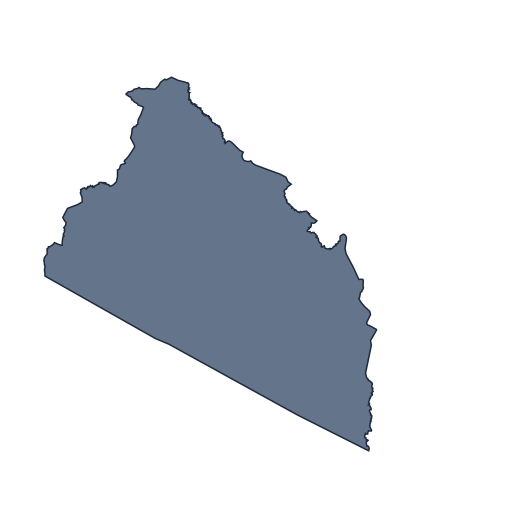 Kabambare, Maniema, Democratic Republic of the Congo, rotated 28°
{"feature_id": "63176286B85957320837216", "entity_name": "Kabambare", "entity_type": "district", "adm_level": 2, "iso_a3": "COD", "parent_name": "Democratic Republic of the Congo", "parent_adm1": "Maniema", "projection": "orthographic", "projection_center": [27.672, -4.419], "detail": "fine", "context": "isolated", "style": "filled", "palette": "slate", "viewbox_px": 512, "rotation_deg": 28, "n_neighbors": 0, "source": "geoboundaries", "source_scale": "gbopen_adm2", "svg_char_len": 6022}
<svg xmlns="http://www.w3.org/2000/svg" viewBox="0 0 512 512"><g transform="rotate(28 256 256)"><path d="M253.4,176.1L249.5,175.5L245.5,172.4L239.2,172.4L213.0,176.0L209.4,175.7L206.7,174.4L206.1,175.3L204.5,176.4L201.0,177.3L199.3,176.8L197.0,174.8L196.2,173.1L196.0,170.3L191.9,170.3L181.0,167.0L178.3,167.0L177.4,167.6L175.9,170.9L175.4,170.0L174.9,170.5L174.7,169.9L175.0,169.7L174.1,168.3L172.7,167.6L171.8,167.9L170.7,166.5L170.1,166.3L170.4,165.3L168.9,164.5L169.2,163.9L168.2,163.7L168.4,162.9L168.1,163.0L166.1,161.5L165.6,161.5L165.4,160.6L164.6,159.8L163.6,159.4L162.7,159.5L162.8,158.6L162.0,158.6L161.3,159.2L160.7,158.6L159.6,158.7L159.2,159.3L158.5,159.2L158.0,158.4L154.8,158.6L153.2,157.7L152.8,157.1L153.1,156.5L152.4,157.0L152.4,156.4L151.6,156.4L151.4,156.0L151.0,156.6L150.3,155.8L149.9,156.1L149.5,155.9L149.3,154.9L148.7,154.7L148.6,155.0L148.0,154.6L147.4,155.1L146.5,154.9L146.1,155.3L146.2,154.8L145.8,154.7L145.1,155.2L144.7,155.0L143.8,155.7L143.7,155.3L143.5,155.6L143.1,155.1L142.3,154.8L141.7,155.0L141.8,155.3L141.5,155.3L141.5,154.9L141.0,155.3L141.5,154.2L140.9,154.0L140.5,153.1L139.2,153.2L138.8,152.6L138.2,152.4L137.9,151.3L137.5,151.4L137.8,151.7L137.6,152.2L136.1,152.2L135.9,151.9L135.3,152.4L134.3,151.6L133.2,151.8L133.0,151.4L132.9,151.8L132.6,151.5L132.3,151.8L132.2,151.1L131.9,151.4L131.1,150.6L130.8,151.1L130.3,150.6L129.8,151.0L129.8,150.6L129.5,151.3L128.9,151.1L128.9,151.5L128.3,151.2L128.2,151.5L127.6,151.1L127.7,150.9L127.4,151.3L127.2,150.8L126.7,151.0L126.5,150.4L126.2,150.4L125.8,149.8L125.6,150.1L124.9,149.2L123.9,149.4L124.0,149.1L123.6,149.3L123.6,149.1L123.1,149.4L122.9,148.4L122.5,148.1L122.8,147.4L122.6,146.9L121.6,146.2L121.6,145.5L120.5,143.7L120.8,142.9L120.2,143.1L119.6,142.7L119.3,143.0L118.2,141.8L118.6,141.2L117.8,141.5L118.2,141.1L118.1,140.4L118.8,140.6L118.1,140.0L118.4,138.9L117.3,139.0L116.2,136.0L115.2,135.3L114.2,135.1L113.7,135.6L112.0,135.7L104.8,137.5L97.5,137.8L94.2,142.5L92.4,142.7L90.2,147.3L90.1,151.7L89.1,154.1L88.9,155.9L80.9,159.5L76.2,162.3L73.4,162.2L73.0,163.5L70.1,166.0L69.6,168.0L67.2,170.5L66.1,171.1L65.8,172.4L65.1,173.6L65.7,174.5L67.4,174.3L68.2,174.8L71.1,174.6L73.0,176.5L74.0,176.3L76.7,177.2L79.5,177.0L81.0,178.1L85.3,177.4L87.0,177.7L88.0,185.7L88.0,190.8L89.7,195.2L88.9,196.6L89.3,197.9L87.6,198.9L86.9,201.8L89.1,207.0L89.7,210.5L96.6,215.3L97.7,216.8L96.7,227.6L95.7,232.0L95.0,233.2L95.4,234.5L96.5,234.7L97.0,235.5L96.5,236.4L94.1,238.6L93.8,239.5L94.4,242.5L94.2,244.1L93.3,245.1L96.5,251.0L97.9,256.2L96.8,259.5L96.2,260.9L94.4,263.0L93.2,262.4L91.9,262.6L91.9,262.3L89.5,262.9L89.4,262.2L88.8,261.9L88.4,262.2L88.3,262.8L87.8,262.4L87.2,262.5L87.1,263.5L85.6,263.3L83.7,264.2L83.5,265.1L83.0,265.2L83.5,266.5L82.7,266.8L81.9,268.4L81.1,269.3L80.6,270.4L80.8,271.3L80.0,271.3L80.2,270.7L79.8,270.9L79.0,270.9L79.1,271.4L78.6,271.0L78.3,271.8L76.7,271.5L76.6,273.1L75.5,273.2L75.0,273.6L75.3,274.3L74.9,274.4L75.0,275.6L74.5,275.8L74.8,276.5L72.4,276.4L72.2,277.0L71.0,277.8L70.9,278.8L70.0,279.7L71.2,281.3L71.3,282.8L74.7,285.7L77.2,289.8L74.4,294.3L67.2,302.5L67.3,312.7L70.3,314.7L72.7,315.7L73.5,318.2L73.0,321.3L73.9,321.7L74.7,322.6L74.8,323.5L75.5,324.0L75.7,327.3L76.2,328.2L77.1,328.4L76.6,329.8L78.3,334.6L79.9,337.6L75.9,338.5L71.8,338.8L71.6,340.6L70.1,343.7L69.2,344.9L68.4,345.2L68.7,346.8L68.1,347.7L70.6,352.2L70.0,357.0L70.7,359.3L73.9,363.7L74.8,364.2L75.1,366.0L76.5,368.8L77.6,370.0L79.1,372.8L206.1,376.1L220.4,374.8L367.4,376.9L446.9,375.1L446.5,373.2L445.3,371.7L443.9,371.2L443.2,371.8L441.4,369.7L440.4,367.5L441.2,367.2L441.5,366.1L440.7,366.0L440.1,366.4L439.1,366.0L438.5,365.0L437.1,365.1L436.0,362.3L436.0,361.6L436.4,361.9L436.6,361.4L437.0,361.5L438.2,360.7L437.6,359.6L437.6,358.3L437.3,357.6L440.0,356.4L439.9,355.7L436.2,353.0L436.1,352.6L436.3,352.4L435.4,350.9L435.4,349.2L434.5,348.0L435.0,347.5L434.5,347.3L434.5,346.7L434.0,345.9L434.4,345.4L433.7,344.5L433.7,343.4L433.1,342.6L431.6,342.4L431.8,341.8L428.8,339.6L428.7,338.4L429.0,338.0L429.7,337.8L429.4,336.7L427.0,334.9L425.8,334.5L425.2,334.7L425.7,333.4L425.5,332.9L424.2,332.6L423.6,329.1L423.2,328.3L423.6,328.1L423.7,327.5L423.1,326.4L424.0,323.9L423.2,323.1L422.9,323.4L422.1,322.8L423.0,320.6L421.7,319.8L421.6,318.8L421.1,318.6L421.2,317.8L420.1,317.5L419.3,316.7L419.0,314.8L418.1,313.7L417.6,313.8L417.3,313.3L415.8,313.3L415.4,312.9L413.2,312.8L412.9,312.1L412.3,312.2L410.1,310.8L407.7,307.9L399.7,280.5L396.8,277.0L397.2,265.1L396.9,264.3L388.8,264.2L386.9,264.5L385.0,263.2L384.6,253.9L382.4,251.5L375.3,249.6L369.5,247.2L366.7,245.0L366.9,244.1L365.4,239.1L366.2,237.5L365.7,236.4L366.1,235.5L365.6,233.3L364.9,232.8L362.0,226.9L360.8,226.6L357.8,228.4L347.6,220.6L334.6,211.8L331.0,207.5L328.1,199.2L327.1,197.1L325.7,196.1L324.1,195.6L323.3,195.6L322.3,196.4L321.0,199.1L323.1,203.3L322.2,203.9L321.9,204.8L322.5,205.6L321.9,207.1L320.9,208.1L321.4,208.3L321.7,209.0L321.0,209.0L321.2,210.1L320.0,211.3L319.9,212.9L319.2,214.3L318.5,214.6L318.4,215.0L318.1,214.5L317.6,214.7L316.0,216.2L313.2,216.7L311.9,215.2L311.3,215.0L310.3,217.1L309.6,217.3L309.2,217.1L309.0,215.8L307.4,214.3L306.0,214.5L304.0,213.1L302.7,211.2L300.3,211.1L300.9,210.1L300.7,209.7L299.2,209.3L298.2,208.6L297.0,208.6L296.2,208.0L295.3,208.3L293.8,209.9L293.4,209.9L292.2,209.0L290.9,209.9L289.5,210.1L289.3,208.8L290.3,206.8L289.2,206.1L290.7,205.1L290.8,204.5L290.4,202.9L289.3,201.0L291.9,199.7L292.7,198.6L293.2,196.3L286.6,195.6L282.6,194.1L283.1,193.6L279.3,192.8L274.6,196.3L274.3,196.1L274.1,197.3L273.2,197.0L272.6,197.4L272.0,197.1L270.9,197.3L269.7,196.7L269.0,196.8L268.6,197.5L268.2,196.7L266.8,196.6L266.6,196.3L265.8,196.5L265.6,196.2L265.1,197.0L264.4,195.6L263.4,195.6L262.5,194.9L261.0,195.1L260.7,194.4L258.9,194.6L257.6,193.8L257.6,193.0L256.8,192.7L256.8,192.1L256.2,191.7L255.2,191.5L255.0,191.2L255.3,191.2L254.2,190.6L254.1,190.1L253.5,190.2L252.7,189.7L252.5,187.5L250.3,185.8L250.5,183.4L251.5,182.6L251.3,180.5L253.4,176.1Z" fill="#64748b" stroke="#1e293b" stroke-width="1.5"/></g></svg>